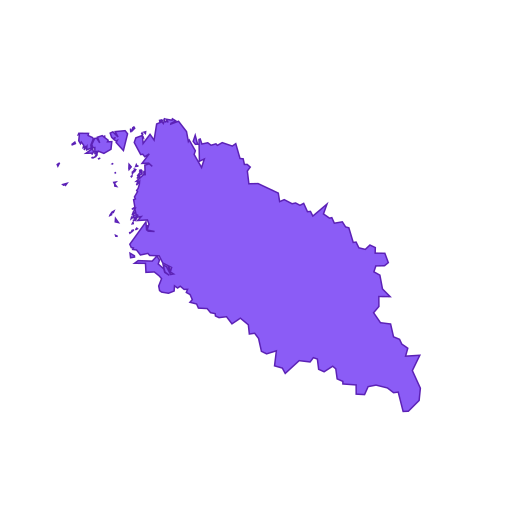 the border of Krasnoyarsk, rotated 304°
{"feature_id": "RUS-2603", "entity_name": "Krasnoyarsk", "entity_type": "Territory", "adm_level": 1, "iso_a3": "RUS", "parent_name": "Russia", "parent_adm1": "", "projection": "orthographic", "projection_center": [95.961, 66.535], "detail": "fine", "context": "isolated", "style": "filled", "palette": "violet", "viewbox_px": 512, "rotation_deg": 304, "n_neighbors": 0, "source": "natural_earth", "source_scale": "10m", "svg_char_len": 6077}
<svg xmlns="http://www.w3.org/2000/svg" viewBox="0 0 512 512"><g transform="rotate(304 256 256)"><path d="M182.1,159.4L186.3,160.9L193.7,172.8L200.6,173.9L198.7,178.2L194.7,179.4L193.7,186.8L191.4,189.5L191.5,195.0L191.8,189.5L196.7,184.0L197.1,187.7L192.9,195.6L195.0,197.7L194.8,193.9L199.3,192.5L198.1,182.6L202.0,175.6L197.0,167.6L197.7,164.9L192.2,159.6L194.2,153.6L192.5,150.1L194.1,149.8L193.2,147.9L195.2,144.8L222.7,145.7L216.5,150.6L216.3,152.8L219.6,158.2L216.7,151.2L222.5,149.5L225.2,145.8L219.2,138.0L224.5,138.8L222.0,136.1L223.1,135.5L219.2,133.8L221.1,131.3L223.9,134.9L223.4,133.4L226.3,130.3L225.6,129.6L228.0,129.3L225.4,126.9L228.7,128.3L234.3,123.0L235.9,124.1L237.0,122.2L243.1,121.8L243.6,120.4L246.1,120.5L250.4,119.1L252.7,117.8L247.9,117.3L252.1,116.2L251.1,115.0L261.7,117.6L261.0,119.0L269.2,113.0L272.7,116.0L272.3,119.9L273.0,115.1L269.0,109.7L281.0,110.4L276.1,108.3L277.0,105.2L275.6,103.7L282.0,91.6L286.8,90.3L292.4,94.4L286.1,99.5L297.6,100.1L295.1,106.7L309.9,99.8L314.7,103.0L314.0,105.1L317.1,104.4L316.6,106.0L318.2,107.0L317.6,108.6L319.1,104.9L321.6,110.4L323.0,110.0L323.2,114.7L322.9,113.0L320.9,113.2L321.0,112.8L318.4,111.3L317.7,111.6L324.4,116.4L320.3,128.8L313.1,135.9L314.8,135.8L309.3,146.9L305.6,147.9L298.9,161.4L307.5,158.9L302.9,156.1L320.7,143.6L321.8,144.3L318.6,148.5L322.9,152.7L322.7,156.8L326.6,160.1L326.1,162.1L331.1,164.6L333.9,174.9L337.8,176.4L327.9,188.2L329.4,191.0L325.4,195.2L327.0,197.5L326.5,201.5L321.6,201.3L311.9,209.7L317.2,217.2L320.6,239.3L314.3,245.2L318.5,247.9L319.5,256.7L322.1,259.2L322.6,264.1L326.3,266.1L321.5,273.9L323.4,276.2L320.9,280.8L338.7,285.8L328.6,288.4L328.5,295.8L330.2,297.4L327.0,302.6L332.6,308.5L330.2,314.0L331.3,317.2L321.6,329.0L323.5,331.2L320.3,336.7L322.6,342.9L328.8,344.3L329.7,350.2L325.0,353.2L330.3,361.3L324.5,369.4L319.8,368.0L314.8,360.9L308.8,362.6L309.4,369.4L299.4,379.3L297.3,389.9L291.1,380.5L282.9,386.1L274.7,385.2L270.3,396.5L274.9,405.6L265.9,415.2L267.2,421.6L264.5,426.1L264.4,433.4L256.6,436.0L265.3,447.3L248.4,449.7L238.3,466.2L227.5,472.0L212.5,469.1L209.4,464.9L222.7,450.0L219.6,446.5L220.1,438.7L216.1,427.7L210.4,422.0L201.8,423.5L197.5,416.3L205.1,411.1L198.5,399.6L200.6,398.1L199.5,392.0L207.1,385.2L207.5,381.2L198.1,377.2L197.1,371.3L204.9,364.5L203.8,360.4L198.4,360.1L193.4,350.3L175.0,345.9L177.8,340.5L175.3,332.8L188.8,325.9L180.8,319.5L180.0,313.8L189.1,304.2L191.2,298.1L187.6,294.1L194.7,288.1L195.7,277.8L186.3,274.0L189.2,265.5L184.2,259.8L183.6,255.9L185.4,254.4L183.6,250.0L185.1,244.9L180.6,237.4L183.0,233.6L180.7,227.1L184.2,227.6L187.2,222.9L186.8,218.6L190.1,217.9L188.1,215.1L188.6,210.1L185.6,208.9L185.7,205.1L181.2,207.7L176.2,204.3L173.3,198.0L173.4,195.4L176.7,192.1L184.4,190.4L185.4,186.7L185.9,180.6L180.9,173.9L188.1,168.5L182.1,159.4ZM270.2,72.5L263.4,76.1L256.0,72.5L254.7,66.5L253.0,66.7L253.6,64.7L251.8,67.0L250.8,65.2L255.8,61.7L254.6,60.4L256.6,57.5L263.3,56.5L264.6,58.1L262.4,63.2L265.8,58.1L269.8,61.2L269.3,68.7L267.6,69.0L270.2,72.5ZM258.7,40.5L264.0,48.6L262.0,49.4L262.8,54.3L262.2,55.6L255.5,57.1L253.5,59.0L249.3,56.3L252.4,54.4L247.8,54.2L250.9,53.2L249.2,52.1L251.4,51.4L252.8,47.4L250.9,47.7L252.4,44.6L258.2,41.5L257.2,40.8L258.7,40.5ZM286.7,77.4L285.5,81.2L269.3,87.1L271.9,76.6L274.2,76.3L273.1,75.7L273.1,73.1L273.5,72.4L275.1,73.1L275.2,72.9L273.3,72.0L273.7,69.9L276.3,66.4L278.9,67.9L277.5,75.1L280.4,69.7L286.7,77.4ZM246.1,57.6L253.6,60.4L251.5,63.0L248.4,63.3L249.6,62.6L246.1,57.6ZM322.1,138.1L316.0,145.1L314.7,143.3L315.9,139.8L322.1,138.1ZM188.2,155.1L187.2,155.9L184.4,153.0L187.9,150.0L188.2,155.1ZM249.1,42.1L248.2,43.4L245.4,41.5L245.8,41.0L249.1,42.1ZM220.7,40.0L223.4,41.1L219.7,41.5L220.7,40.0ZM210.6,58.7L208.0,58.6L208.2,57.6L207.1,56.9L207.2,55.8L210.6,58.7ZM261.6,113.2L260.5,115.6L256.7,113.9L257.0,112.9L261.6,113.2ZM261.0,99.5L260.1,102.7L256.7,102.4L257.4,101.7L261.0,99.5ZM208.6,118.5L206.8,123.3L205.6,120.2L208.6,118.5ZM294.7,82.6L294.1,84.0L290.8,83.4L293.4,82.1L294.7,82.6ZM237.5,96.9L239.0,98.5L236.8,98.1L237.5,96.9ZM195.5,193.4L198.6,188.4L196.9,192.5L195.5,193.4ZM225.0,129.4L223.5,130.6L224.2,131.8L221.7,130.2L225.0,129.4ZM313.4,101.3L314.5,100.2L316.2,101.8L316.0,103.0L313.4,101.3ZM291.4,80.7L290.0,82.6L289.3,82.4L291.4,80.7ZM207.9,138.9L209.4,140.1L206.2,139.4L207.9,138.9ZM236.4,99.2L235.7,101.5L235.0,99.9L235.5,99.4L236.4,99.2ZM219.3,134.7L220.8,135.9L218.5,136.1L219.3,134.7ZM217.1,134.4L218.5,135.5L216.7,134.8L217.1,134.4ZM213.9,113.1L212.3,113.4L210.4,112.1L211.9,112.1L213.9,113.1ZM296.0,93.9L297.3,95.0L295.7,95.8L296.0,93.9ZM260.1,106.7L260.4,108.0L258.9,108.1L260.1,106.7ZM204.8,138.2L206.0,139.3L204.4,138.7L204.8,138.2ZM262.0,116.6L264.0,115.5L261.8,117.2L262.0,116.6ZM263.1,112.6L263.0,113.6L262.0,114.5L261.8,114.0L262.3,111.9L263.1,112.6ZM194.6,128.0L194.9,130.3L194.0,128.7L194.6,128.0ZM219.4,132.4L217.1,131.7L218.8,131.1L219.4,132.4ZM215.5,135.1L214.1,135.6L214.7,136.6L213.5,135.4L215.5,135.1ZM212.4,141.5L212.3,142.5L210.3,141.4L212.4,141.5ZM255.0,114.0L255.2,114.4L253.7,113.9L255.0,114.0ZM219.9,148.7L220.9,149.4L219.3,149.3L219.9,148.7ZM294.3,92.7L293.7,94.0L293.1,94.0L293.6,92.7L294.3,92.7ZM256.3,106.6L257.0,107.4L255.2,107.5L256.3,106.6ZM269.8,63.1L270.7,63.5L269.7,64.4L269.8,63.1ZM247.8,67.0L249.7,67.0L249.0,67.7L247.8,67.0ZM264.2,106.6L264.8,108.2L263.7,107.0L264.2,106.6ZM208.1,112.1L210.1,113.5L207.8,112.2L208.1,112.1ZM257.3,106.8L258.7,107.0L257.7,107.6L257.3,106.8ZM251.1,67.2L250.5,67.7L250.0,67.2L250.5,66.9L251.1,67.2ZM252.9,85.6L252.1,85.6L252.0,85.3L252.9,85.6ZM255.0,58.6L254.5,59.2L253.9,59.3L254.1,58.7L255.0,58.6ZM319.3,103.2L318.2,103.5L318.1,103.4L319.3,103.2ZM248.7,71.1L250.1,72.1L248.6,71.3L248.7,71.1ZM264.8,105.7L264.3,106.6L263.2,106.1L264.8,105.7ZM246.4,92.7L246.9,93.2L246.2,92.9L246.4,92.7ZM260.6,112.2L261.8,112.0L262.0,112.2L260.6,112.2ZM252.2,108.0L253.7,108.6L252.0,108.4L252.2,108.0ZM246.2,65.2L247.1,66.6L245.3,64.8L246.2,65.2ZM256.1,113.8L256.4,114.7L255.8,114.5L256.1,113.8ZM291.3,96.2L291.4,95.5L291.7,95.7L291.3,96.2Z" fill="#8b5cf6" stroke="#5b21b6" stroke-width="1.5"/></g></svg>